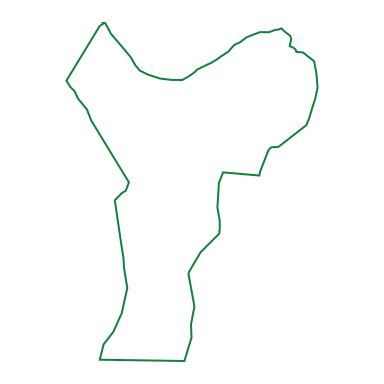 outline of Obudu, Cross River, Nigeria
{"feature_id": "59680162B9948575660850", "entity_name": "Obudu", "entity_type": "district", "adm_level": 2, "iso_a3": "NGA", "parent_name": "Nigeria", "parent_adm1": "Cross River", "projection": "natural_earth1", "projection_center": [9.084, 6.544], "detail": "fine", "context": "isolated", "style": "outline", "palette": "green", "viewbox_px": 384, "rotation_deg": 0, "n_neighbors": 0, "source": "geoboundaries", "source_scale": "gbopen_adm2", "svg_char_len": 1215}
<svg xmlns="http://www.w3.org/2000/svg" viewBox="0 0 384 384"><path d="M114.8,200.3L122.1,249.9L121.9,248.0L123.5,258.2L123.9,267.0L127.3,288.0L121.7,313.3L113.3,331.9L103.6,344.4L99.8,359.7L184.4,361.0L191.5,337.7L191.0,324.7L194.4,306.3L188.5,274.1L188.9,272.1L200.7,252.1L200.9,251.9L219.2,233.7L219.8,228.1L219.7,225.6L219.7,220.3L217.4,207.6L218.9,182.9L223.1,172.4L259.3,175.5L260.1,171.6L268.6,149.8L271.4,147.3L278.4,146.9L306.4,125.1L309.3,117.9L312.8,106.1L315.2,98.8L317.6,87.8L316.4,73.4L314.1,61.2L303.0,52.5L296.4,51.9L295.6,49.6L293.7,47.9L289.7,46.1L291.2,39.0L290.2,35.8L284.5,31.5L281.4,28.4L279.3,29.2L278.0,29.7L275.7,29.7L269.0,32.2L264.5,32.2L260.0,32.1L256.6,33.4L249.9,36.0L246.5,37.3L242.9,40.1L240.0,42.3L234.1,45.0L228.5,51.5L220.6,56.7L217.2,59.3L210.5,63.2L204.8,65.8L197.0,69.6L194.7,72.2L189.1,76.1L182.3,80.0L172.1,79.9L171.1,79.9L159.9,78.5L147.6,74.5L146.4,73.9L139.7,70.5L135.3,65.2L130.8,57.3L124.2,49.4L123.2,48.3L122.8,47.7L117.5,41.5L110.8,33.6L105.7,24.0L105.3,23.1L103.4,23.0L103.7,23.3L99.7,26.0L66.4,80.7L70.1,86.8L74.6,91.2L78.0,98.6L86.9,109.4L91.1,120.3L128.9,182.3L125.8,190.7L121.7,193.2L120.7,194.3L114.8,200.3Z" fill="none" stroke="#15803d" stroke-width="2"/></svg>